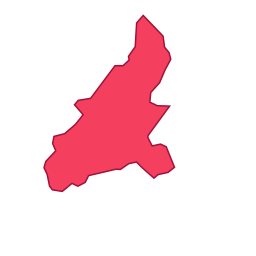 Toguz-Toro, Jalal-Abad, Kyrgyzstan (Equal Earth projection), rotated 310°
{"feature_id": "92254566B7375851562443", "entity_name": "Toguz-Toro", "entity_type": "district", "adm_level": 2, "iso_a3": "KGZ", "parent_name": "Kyrgyzstan", "parent_adm1": "Jalal-Abad", "projection": "equal_earth", "projection_center": [74.04, 41.261], "detail": "fine", "context": "isolated", "style": "filled", "palette": "rose", "viewbox_px": 256, "rotation_deg": 310, "n_neighbors": 0, "source": "geoboundaries", "source_scale": "gbopen_adm2", "svg_char_len": 746}
<svg xmlns="http://www.w3.org/2000/svg" viewBox="0 0 256 256"><g transform="rotate(310 128 128)"><path d="M127.8,188.9L138.2,169.3L136.6,163.3L129.8,158.0L133.6,149.1L135.1,148.2L171.5,145.8L163.9,136.1L161.8,128.1L169.9,122.6L183.0,123.1L196.1,119.1L208.1,116.6L212.1,111.1L213.4,104.1L220.9,95.8L224.0,67.3L214.0,67.1L194.9,81.3L183.2,82.3L180.8,85.2L172.5,84.1L167.4,78.0L126.7,80.3L117.2,72.1L111.4,72.1L109.3,85.1L96.9,85.4L82.9,83.1L74.0,76.7L67.7,80.2L64.1,87.3L49.6,86.5L43.6,89.2L40.5,95.9L33.0,105.3L32.0,109.8L37.2,118.4L49.6,120.7L51.2,127.0L58.8,130.2L66.2,128.4L89.0,145.5L91.3,148.8L101.2,151.5L107.4,156.4L106.7,164.0L106.3,180.1L111.6,181.0L119.7,187.2L127.8,188.9Z" fill="#f43f5e" stroke="#9f1239" stroke-width="1.5"/></g></svg>